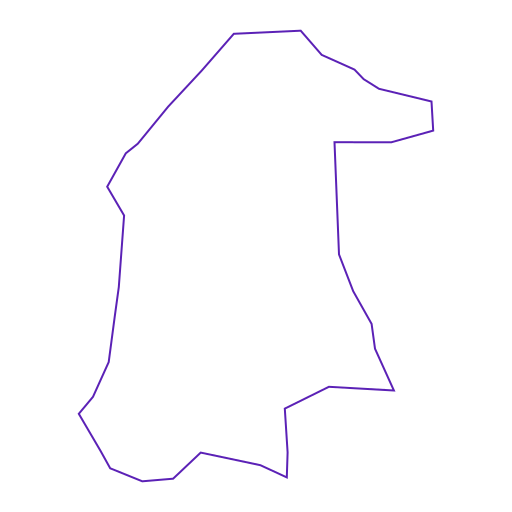 Adaacag, Dundgovi, Mongolia (Natural Earth projection)
{"feature_id": "93677404B36872598386240", "entity_name": "Adaacag", "entity_type": "district", "adm_level": 2, "iso_a3": "MNG", "parent_name": "Mongolia", "parent_adm1": "Dundgovi", "projection": "natural_earth1", "projection_center": [105.738, 46.338], "detail": "fine", "context": "isolated", "style": "outline", "palette": "violet", "viewbox_px": 512, "rotation_deg": 0, "n_neighbors": 0, "source": "geoboundaries", "source_scale": "gbopen_adm2", "svg_char_len": 562}
<svg xmlns="http://www.w3.org/2000/svg" viewBox="0 0 512 512"><path d="M433.2,130.6L431.5,101.5L379.0,88.8L363.7,79.2L354.5,69.6L321.7,54.9L300.7,30.7L233.8,33.8L201.8,70.5L168.2,106.6L137.8,143.7L125.8,153.3L107.2,186.7L124.1,215.5L118.8,287.1L114.8,316.1L108.7,362.1L93.0,396.8L78.8,413.8L100.6,451.0L110.2,468.3L142.3,481.3L173.1,478.7L200.7,452.6L260.4,465.2L286.8,477.4L287.6,452.4L284.8,408.6L328.9,386.8L393.9,390.5L375.0,348.7L371.6,323.9L353.2,291.2L339.0,254.4L334.5,142.2L391.2,142.3L433.2,130.6Z" fill="none" stroke="#5b21b6" stroke-width="2"/></svg>